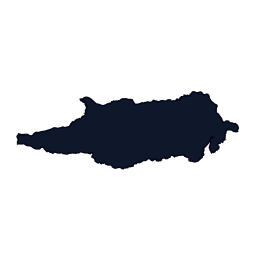 the district of Santa Bárbara, Antioquia, Colombia, rotated 94°
{"feature_id": "7082276B96866833393824", "entity_name": "Santa Bárbara", "entity_type": "district", "adm_level": 2, "iso_a3": "COL", "parent_name": "Colombia", "parent_adm1": "Antioquia", "projection": "albers", "projection_center": [-75.582, 5.865], "detail": "fine", "context": "isolated", "style": "filled", "palette": "ink", "viewbox_px": 256, "rotation_deg": 94, "n_neighbors": 0, "source": "geoboundaries", "source_scale": "gbopen_adm2", "svg_char_len": 5827}
<svg xmlns="http://www.w3.org/2000/svg" viewBox="0 0 256 256"><g transform="rotate(94 128 128)"><path d="M123.7,18.4L122.6,18.8L120.7,18.0L120.3,18.0L117.8,19.0L116.2,21.2L116.3,22.9L115.7,24.6L115.9,26.0L115.5,27.5L114.4,27.9L114.1,29.1L114.4,30.9L115.1,31.5L116.3,33.4L114.9,33.7L114.7,34.4L112.3,35.3L111.3,35.9L109.9,37.3L107.9,38.8L106.8,40.8L106.3,41.2L102.5,41.4L101.3,41.2L100.0,40.7L99.4,40.8L98.9,41.3L98.0,43.6L97.2,44.5L95.2,47.3L93.8,48.0L92.9,48.9L90.4,49.5L89.1,50.5L88.8,51.0L88.9,52.0L89.7,54.6L89.5,55.1L87.4,57.1L87.0,58.0L87.3,59.2L88.1,60.9L88.0,62.9L87.5,63.7L87.6,64.2L87.2,65.0L87.7,66.2L89.6,67.4L90.0,68.3L91.6,68.3L91.6,69.8L91.2,71.0L91.5,71.5L92.2,71.5L92.4,72.0L91.6,73.1L91.3,74.1L92.2,74.1L92.3,74.7L93.0,75.2L93.1,76.6L93.6,76.5L94.2,76.8L93.9,77.9L94.6,78.1L95.0,77.7L95.5,78.2L96.1,78.1L95.7,79.0L96.6,80.4L95.7,81.1L96.1,81.5L96.8,81.5L96.9,82.1L97.9,82.5L98.1,82.8L97.7,83.8L97.7,84.7L98.6,86.3L98.2,87.1L97.1,87.4L97.1,89.5L97.5,90.8L98.6,91.4L98.5,92.3L98.8,93.6L98.4,94.3L98.3,95.4L98.6,97.0L99.1,98.0L100.0,98.9L99.6,99.7L99.5,100.5L99.7,100.9L99.2,101.4L99.5,102.1L99.2,102.4L99.4,102.8L99.2,103.3L99.4,103.8L98.8,103.9L98.7,104.5L100.3,106.0L101.2,107.8L100.7,108.9L100.9,109.4L100.7,110.5L101.2,111.5L101.5,113.1L102.3,113.6L102.0,114.3L102.0,116.3L102.7,117.0L103.1,118.6L103.6,119.1L103.9,121.7L103.8,122.5L103.4,123.2L99.5,126.0L99.4,128.3L99.6,129.5L99.5,130.5L99.0,131.4L99.4,132.1L99.1,132.8L99.4,135.8L100.5,137.4L101.6,138.1L101.5,139.2L102.0,140.2L101.9,141.4L102.3,143.0L102.2,144.4L103.1,145.2L103.0,146.0L104.2,146.6L104.6,147.0L104.7,148.1L105.4,149.9L107.3,153.4L107.5,155.5L106.4,159.2L106.2,161.4L102.3,166.3L101.1,168.2L100.3,170.6L100.3,172.5L101.2,174.2L102.1,175.0L102.6,177.6L103.7,177.2L104.1,176.5L104.3,175.3L105.4,174.4L105.4,173.3L105.0,173.1L105.0,172.7L107.2,172.4L107.5,172.2L107.5,171.8L107.8,171.5L108.7,171.7L108.9,171.4L108.7,170.7L109.0,170.3L109.9,170.8L111.8,170.8L113.6,171.7L115.8,171.1L116.2,171.8L116.5,170.9L117.3,171.5L118.0,171.4L119.4,173.3L119.5,174.0L120.8,175.1L122.1,175.2L122.4,176.3L122.0,177.0L122.5,177.7L122.8,179.0L124.2,181.1L125.6,181.6L125.8,182.7L125.6,183.1L125.8,183.2L125.8,183.7L126.1,184.0L126.3,183.6L126.6,184.2L127.0,183.9L127.4,184.3L127.8,185.2L128.1,185.5L129.4,185.7L130.8,186.9L132.1,191.0L131.6,193.2L132.4,194.7L133.1,197.1L133.3,198.1L133.0,201.3L133.1,202.0L134.2,203.7L135.1,205.7L137.0,210.6L137.9,214.4L138.8,216.8L138.8,219.3L139.0,219.8L140.5,221.6L142.1,222.5L142.7,223.8L142.6,225.7L141.5,227.5L141.4,228.1L142.1,233.9L141.5,236.6L142.1,236.8L143.9,238.0L144.6,238.0L147.0,236.7L148.0,236.7L149.3,237.2L151.6,237.0L151.3,236.1L151.3,233.3L150.8,230.7L151.7,229.3L152.5,227.5L152.6,223.7L154.6,220.4L155.2,218.5L155.0,215.1L154.6,214.3L153.8,213.9L153.3,213.3L153.1,212.2L153.2,211.1L153.6,210.6L154.7,210.0L157.1,207.2L157.0,206.6L156.4,205.5L157.6,204.2L157.5,202.2L158.2,201.8L158.4,201.2L158.1,200.7L157.1,200.1L157.0,199.7L157.6,197.1L157.8,195.1L157.7,194.2L157.1,192.5L158.0,191.1L158.2,186.9L157.9,186.0L157.0,185.2L157.3,183.8L156.7,182.5L156.7,177.9L156.0,176.7L156.3,175.8L156.2,175.5L155.1,173.9L154.9,173.4L155.7,169.5L155.6,166.8L156.2,164.4L156.2,163.6L156.0,163.3L154.9,163.4L154.8,163.0L155.3,161.8L156.4,160.9L157.4,161.1L158.8,162.0L159.5,161.9L160.5,159.5L161.4,158.9L163.3,158.4L164.7,156.1L164.9,155.0L164.0,153.9L164.0,153.6L165.2,152.7L165.5,152.2L165.3,151.8L164.5,151.3L164.8,150.2L164.1,150.0L163.9,149.5L164.2,148.8L165.5,147.8L165.6,146.9L166.2,145.6L166.0,142.2L167.1,141.2L167.9,140.7L169.0,138.1L168.1,135.4L167.7,132.9L168.8,131.2L169.0,129.9L168.2,129.3L167.5,125.5L166.8,125.6L166.6,125.3L166.4,123.0L165.7,121.0L165.7,120.5L165.5,120.2L164.6,120.3L163.8,120.2L163.2,118.9L162.1,118.3L162.1,117.9L163.0,117.5L162.7,117.0L162.2,116.9L161.9,116.6L161.6,115.3L161.8,114.3L160.8,113.6L161.2,113.1L161.2,112.9L159.4,110.7L159.2,110.1L159.3,108.9L158.6,107.3L157.5,107.1L157.6,106.5L157.1,105.4L157.0,104.7L157.4,103.5L157.9,103.3L158.0,102.5L158.6,102.4L158.9,101.5L158.4,100.7L158.0,101.2L157.7,101.1L157.4,100.4L157.5,99.6L156.9,99.1L156.7,98.5L156.8,98.3L157.2,98.5L157.3,97.8L157.7,97.8L157.8,97.3L158.3,97.3L158.7,96.9L158.7,95.4L158.0,95.0L157.9,94.6L158.5,93.7L157.5,92.4L156.5,92.6L155.9,92.0L155.8,91.5L155.4,91.0L155.3,90.4L154.8,90.0L155.3,89.6L155.2,89.1L155.8,88.5L155.7,86.7L155.0,85.7L154.4,85.3L154.2,84.1L152.8,83.9L152.3,83.3L152.0,82.6L152.2,81.2L152.8,80.5L152.8,80.1L153.4,79.5L152.3,78.4L152.5,77.4L152.3,76.6L151.3,75.7L151.6,74.2L151.3,73.5L151.4,73.0L150.9,72.3L151.3,70.8L151.2,69.9L151.4,69.6L152.3,69.3L152.3,68.5L152.8,67.8L153.2,66.1L153.9,64.9L155.4,64.9L156.3,64.7L156.4,63.8L156.8,63.0L156.4,62.1L157.1,59.8L156.9,58.1L156.0,55.9L153.6,53.7L153.2,53.7L152.9,54.0L152.7,52.5L152.1,52.0L150.9,52.1L149.6,50.7L149.2,50.6L148.0,51.0L147.6,51.4L146.6,51.4L145.5,50.9L144.1,50.8L143.9,51.2L143.3,51.5L140.5,49.0L135.8,45.7L133.1,45.4L132.3,45.1L131.0,44.2L131.0,43.0L131.3,42.5L132.0,43.9L133.3,44.8L134.2,44.9L135.0,44.5L136.8,44.4L138.4,44.8L139.8,45.0L140.5,45.3L142.4,45.4L143.3,44.8L143.7,44.3L144.4,44.5L144.9,43.9L146.8,43.0L145.8,42.3L146.5,41.5L146.4,41.1L146.0,40.7L145.9,39.9L144.4,39.1L143.9,38.4L143.7,37.6L142.2,36.2L141.6,36.0L141.2,36.2L140.9,36.0L140.4,36.0L139.8,36.8L138.9,37.1L138.5,37.6L137.3,37.0L136.8,37.1L136.6,36.9L136.9,36.2L136.6,36.1L136.7,35.2L135.8,35.4L135.5,34.9L134.9,34.5L135.2,34.0L134.9,33.8L135.0,33.3L135.7,32.8L135.5,32.5L134.2,32.5L133.7,31.6L133.1,31.5L133.0,31.2L132.9,31.6L132.3,31.6L132.1,31.0L131.5,31.1L131.4,30.7L130.7,30.9L130.2,30.5L129.4,30.8L128.5,30.5L127.7,31.0L126.9,30.7L126.5,30.2L125.2,30.0L124.8,30.3L124.3,30.0L123.9,30.2L123.7,29.6L123.1,29.2L122.7,29.0L122.9,28.7L122.6,26.9L122.7,24.6L123.9,22.3L124.2,20.2L123.7,18.4Z" fill="#0f172a" stroke="#020617" stroke-width="1.5"/></g></svg>